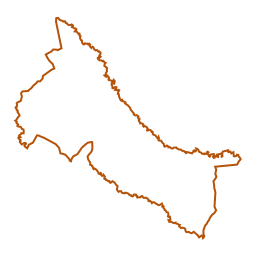 Nova Alvorada do Sul, Mato Grosso do Sul, Brazil (Robinson projection)
{"feature_id": "56859067B14433978209607", "entity_name": "Nova Alvorada do Sul", "entity_type": "district", "adm_level": 2, "iso_a3": "BRA", "parent_name": "Brazil", "parent_adm1": "Mato Grosso do Sul", "projection": "robinson", "projection_center": [-54.18, -21.459], "detail": "fine", "context": "isolated", "style": "outline", "palette": "amber", "viewbox_px": 256, "rotation_deg": 0, "n_neighbors": 0, "source": "geoboundaries", "source_scale": "gbopen_adm2", "svg_char_len": 5804}
<svg xmlns="http://www.w3.org/2000/svg" viewBox="0 0 256 256"><path d="M203.0,238.1L203.6,237.6L204.3,235.9L203.5,234.7L203.4,230.3L205.3,225.2L206.5,224.2L208.0,221.3L209.1,220.1L209.7,218.2L212.0,214.9L214.4,213.0L216.1,210.4L214.5,206.6L215.4,192.4L214.2,187.6L214.2,185.7L213.5,181.2L215.9,177.9L216.4,176.5L215.3,174.0L216.2,169.8L215.2,166.7L237.1,164.6L239.0,161.1L240.6,159.4L240.3,158.3L238.3,155.8L238.3,155.0L236.9,154.7L236.7,155.6L236.1,156.0L234.6,156.4L233.8,156.2L233.4,152.2L231.3,153.4L230.5,151.7L228.5,152.1L227.8,151.4L228.5,150.9L228.3,150.2L222.8,151.6L221.9,153.8L221.2,153.5L218.3,154.5L217.2,154.4L216.7,155.1L217.6,155.1L218.1,155.8L218.1,156.9L216.4,156.4L214.6,157.0L214.4,157.8L213.6,157.8L213.0,156.7L214.2,155.5L213.7,154.0L210.6,154.6L210.0,155.0L210.2,156.0L209.7,156.7L209.0,156.2L209.2,155.5L208.0,154.5L207.5,152.8L207.3,153.7L206.5,153.9L205.0,153.5L204.6,154.2L202.9,153.6L202.3,153.8L201.1,152.7L199.0,151.7L198.5,150.1L197.4,149.0L196.3,148.6L196.6,149.3L195.7,151.3L194.7,151.4L194.1,150.4L193.4,151.0L193.3,152.0L192.4,152.6L192.0,153.4L188.0,152.2L186.1,153.0L186.1,152.0L184.7,152.0L184.2,151.1L182.2,150.8L180.8,149.5L179.2,149.6L176.8,148.3L176.3,147.5L173.7,147.6L172.5,148.6L171.3,148.3L169.6,147.0L168.4,147.3L168.1,146.4L167.4,145.7L166.4,145.7L165.7,146.5L164.6,146.6L164.1,146.0L163.8,144.0L161.8,142.1L161.7,141.3L160.9,140.6L159.1,140.6L158.3,139.9L159.0,138.3L158.6,137.1L158.2,138.2L157.4,138.0L155.4,135.4L153.3,134.6L152.9,134.1L152.8,132.2L152.4,131.6L151.6,131.9L150.7,130.2L148.9,129.7L147.8,130.6L147.0,130.4L147.5,128.4L146.7,127.0L144.6,126.1L143.7,126.7L143.0,126.0L143.4,124.5L142.9,123.9L141.0,123.2L140.2,123.4L139.6,121.7L138.9,121.1L138.8,120.2L139.4,119.6L139.5,118.6L138.3,118.3L137.9,117.4L138.4,116.4L136.7,115.1L135.7,115.5L134.4,115.0L133.7,114.3L134.0,113.6L130.6,109.6L130.2,107.9L128.0,105.5L125.2,103.5L125.6,102.8L125.1,102.0L121.9,100.9L122.4,100.4L122.1,99.7L120.8,100.0L120.3,99.6L119.1,96.7L118.7,94.1L117.8,93.8L118.3,91.9L119.2,90.2L118.4,89.8L117.6,90.3L115.1,89.9L116.4,87.9L116.4,87.2L115.5,87.0L113.1,88.3L112.4,88.0L112.5,86.6L111.6,84.8L111.8,83.0L112.6,82.6L112.6,83.4L114.2,83.7L114.7,81.0L113.6,79.8L112.5,81.5L110.7,80.3L109.1,80.2L108.6,79.9L108.5,79.0L109.1,78.1L108.6,77.1L107.8,76.6L107.5,75.5L106.7,75.3L106.7,76.2L106.1,76.8L104.5,75.4L105.7,74.9L105.9,72.9L107.0,71.5L106.7,69.8L107.1,67.9L104.3,65.8L104.8,63.5L105.5,62.9L104.8,62.6L103.2,60.8L102.4,61.2L101.4,60.4L99.7,60.4L98.1,59.1L97.7,58.1L98.5,57.3L99.4,57.9L100.6,56.6L99.4,55.6L100.4,54.1L100.5,52.4L99.1,52.0L98.8,51.2L97.9,51.2L97.0,50.0L95.6,50.4L93.9,48.9L93.3,47.1L92.5,46.7L91.3,47.9L90.0,46.4L89.6,45.5L90.2,44.8L89.5,43.9L88.8,44.6L88.0,44.4L87.8,43.6L85.7,43.7L84.9,43.3L84.0,44.4L83.2,44.2L82.2,42.7L81.9,40.5L81.2,40.4L80.2,38.7L80.1,37.1L80.5,36.1L79.7,35.8L79.3,34.9L79.7,34.0L79.3,33.5L78.3,33.7L76.7,31.6L74.9,31.4L76.4,29.4L75.9,28.7L74.3,28.4L73.8,27.7L72.1,27.2L73.0,25.6L72.3,24.8L71.5,24.5L71.0,25.2L67.9,24.7L66.6,23.0L65.7,22.9L65.1,21.3L63.2,21.6L62.7,20.9L59.7,20.0L58.2,17.9L56.3,18.1L56.0,21.5L61.5,48.3L57.6,50.2L57.0,49.7L53.2,49.5L51.3,51.5L45.8,54.5L47.6,58.2L49.8,61.3L52.7,64.0L54.3,68.5L51.6,69.7L42.8,76.0L42.8,77.7L42.5,78.6L40.6,80.9L39.9,81.4L38.0,81.3L37.3,81.7L36.2,83.3L33.7,85.3L30.9,88.6L29.1,89.8L28.3,90.9L22.8,91.4L22.0,91.9L21.2,93.1L21.1,94.1L21.8,95.8L21.8,97.0L20.7,101.0L17.4,102.4L16.7,103.2L17.1,105.4L16.5,107.2L15.8,107.2L15.6,107.9L16.6,109.1L16.8,110.3L17.5,110.5L17.9,111.4L17.6,112.2L19.4,114.8L19.5,115.8L18.3,116.8L16.0,120.4L15.4,120.7L16.8,121.8L16.4,122.6L16.8,123.5L18.2,124.4L17.4,126.0L18.1,126.5L20.6,126.8L21.2,127.4L21.7,128.8L23.5,129.5L23.7,130.4L23.6,133.3L21.4,133.2L21.3,133.9L19.1,135.4L18.9,136.1L20.4,137.1L18.4,138.0L19.5,139.5L20.5,139.9L20.7,140.8L20.0,141.1L19.8,142.1L21.8,144.4L24.0,143.1L25.4,142.9L25.9,143.2L26.1,143.8L24.4,145.5L24.8,146.5L27.2,148.3L28.9,144.7L32.9,142.7L37.0,135.4L38.1,135.4L44.6,138.1L55.8,144.2L59.0,147.8L60.5,153.4L63.5,154.0L65.7,155.0L69.4,159.3L69.7,160.6L70.9,161.3L71.8,158.5L73.4,156.3L77.5,154.1L81.9,147.7L83.3,146.3L87.6,142.8L91.5,141.9L92.2,142.2L92.4,147.8L92.1,150.1L91.3,151.8L87.7,156.1L87.7,157.4L88.3,159.6L90.2,162.7L90.2,164.8L91.7,165.3L92.0,166.1L92.6,166.3L92.9,168.0L93.9,169.2L94.6,168.5L96.3,169.6L98.1,172.0L98.5,173.4L99.2,174.0L99.9,173.8L100.5,172.9L101.2,173.4L100.8,174.6L102.1,175.9L103.2,175.5L103.5,174.8L104.9,176.7L104.2,177.9L104.5,178.9L105.7,179.0L106.0,180.0L107.4,180.4L108.0,181.0L109.0,181.0L109.7,181.5L109.6,182.4L110.6,182.8L112.5,181.2L114.5,182.5L116.3,185.0L117.6,186.1L116.9,189.6L118.5,191.8L119.5,191.2L121.2,191.2L121.8,192.7L122.8,193.1L124.8,193.3L125.1,192.7L126.7,192.9L128.7,193.8L129.5,195.1L131.2,195.3L131.3,196.0L132.4,196.4L133.1,196.2L133.9,194.5L136.0,194.6L136.2,195.7L137.1,196.0L137.0,196.8L137.2,197.5L137.8,197.6L138.3,197.2L140.0,197.3L141.7,196.0L142.4,196.2L142.6,197.0L143.8,197.9L146.2,197.7L148.1,199.2L148.6,200.1L148.4,200.9L149.1,201.2L149.3,200.6L150.0,200.8L151.5,202.1L151.9,203.1L153.0,202.2L153.8,202.2L158.4,205.1L160.5,204.6L161.9,203.6L162.6,205.3L162.4,206.2L163.1,206.0L163.7,206.5L163.3,207.8L164.5,209.1L164.6,210.0L165.7,210.5L166.4,212.0L168.0,212.5L168.5,214.8L167.9,216.1L168.4,216.9L169.9,216.7L170.4,219.2L169.6,219.7L169.8,220.6L168.6,220.3L169.2,221.8L169.9,222.0L170.7,221.5L173.6,223.1L175.6,222.6L175.6,223.3L178.0,224.1L179.1,225.0L179.7,225.0L179.1,226.3L181.1,228.1L181.8,227.7L183.6,227.9L185.2,228.7L185.5,230.8L186.4,232.1L188.9,232.0L190.8,233.1L191.8,233.2L193.7,231.8L198.2,235.6L198.5,236.8L199.1,237.4L201.6,235.5L202.7,236.1L203.0,238.1ZM222.4,156.4L221.7,156.7L221.6,156.0L222.3,154.6L222.4,156.4ZM207.5,152.8L208.3,152.2L207.7,151.7L207.1,152.1L207.5,152.8Z" fill="none" stroke="#b45309" stroke-width="2"/></svg>